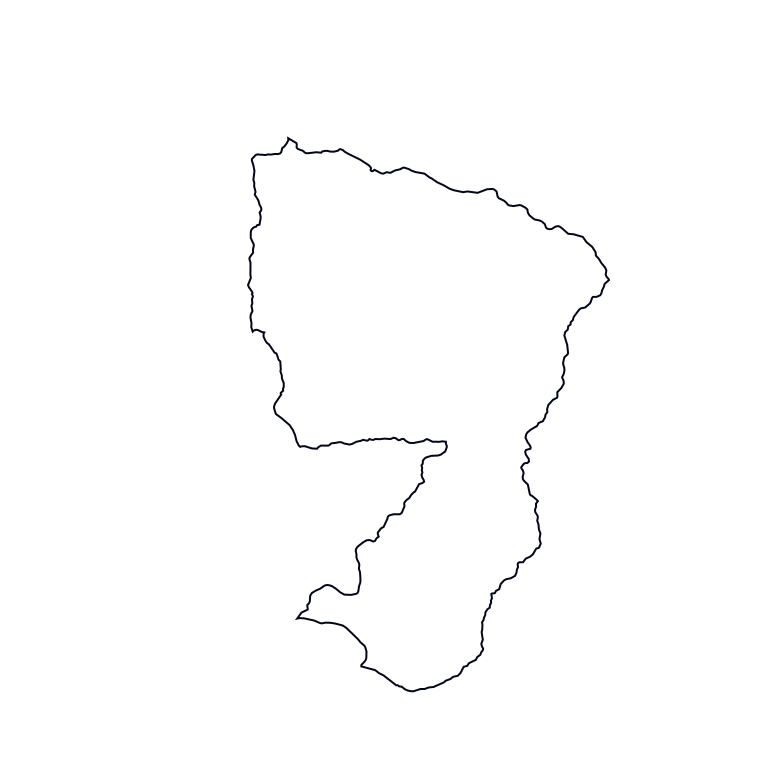 Mariscal Luzuriaga, Áncash, Peru, rotated 308°
{"feature_id": "86281439B99207527213324", "entity_name": "Mariscal Luzuriaga", "entity_type": "district", "adm_level": 2, "iso_a3": "PER", "parent_name": "Peru", "parent_adm1": "Áncash", "projection": "equal_earth", "projection_center": [-77.351, -8.856], "detail": "fine", "context": "isolated", "style": "outline", "palette": "ink", "viewbox_px": 768, "rotation_deg": 308, "n_neighbors": 0, "source": "geoboundaries", "source_scale": "gbopen_adm2", "svg_char_len": 6166}
<svg xmlns="http://www.w3.org/2000/svg" viewBox="0 0 768 768"><g transform="rotate(308 384 384)"><path d="M622.3,450.1L618.7,441.2L615.8,436.7L616.3,428.0L616.2,425.7L615.7,424.1L613.7,422.3L609.4,420.7L608.1,419.4L606.9,417.1L607.0,415.4L609.0,412.2L609.2,408.3L608.5,405.6L606.3,401.2L606.4,394.9L607.6,391.9L609.8,389.5L610.0,387.2L609.3,382.4L608.5,380.7L603.9,376.5L601.7,372.5L601.6,370.8L602.2,368.7L602.3,365.6L601.1,360.1L601.6,358.2L604.7,354.6L605.2,352.9L605.0,350.6L604.3,349.2L600.9,345.3L592.3,340.1L587.1,331.2L583.9,328.3L579.6,319.6L578.3,315.5L577.3,308.5L575.7,301.6L575.3,294.9L574.8,292.7L574.7,286.4L570.5,278.5L569.2,274.8L568.6,271.1L566.9,266.6L566.0,265.7L563.1,264.5L559.1,261.2L554.4,259.1L552.5,255.7L549.3,253.9L548.3,252.1L546.9,244.6L544.9,244.1L544.1,243.2L544.3,241.7L546.1,240.9L546.5,240.2L547.0,237.3L546.1,227.0L543.5,214.7L542.8,210.1L543.0,207.6L542.2,204.9L541.1,204.3L539.7,204.2L536.3,201.6L534.1,198.6L532.8,195.8L531.2,193.8L529.2,192.2L527.6,192.1L525.0,188.0L519.3,182.3L517.8,180.3L517.6,178.6L517.9,176.8L516.2,171.5L516.5,169.6L519.3,167.6L519.9,166.7L518.7,157.2L517.3,158.5L513.5,159.2L509.5,159.2L507.2,158.6L503.4,160.3L501.7,160.2L499.9,158.9L498.1,156.4L495.2,153.7L493.4,151.1L491.6,149.8L486.9,142.8L485.4,141.9L480.0,141.4L478.9,142.1L476.1,146.2L472.2,150.7L464.6,155.3L462.6,158.0L459.9,159.9L456.3,164.5L453.7,165.5L451.4,171.8L448.6,175.6L447.3,178.6L446.3,179.7L445.0,180.4L442.6,180.4L440.2,183.5L438.4,184.9L432.8,187.8L431.2,186.3L429.1,186.3L428.1,185.4L426.1,184.7L423.7,184.6L422.0,185.3L417.1,189.0L414.0,195.0L413.0,196.2L409.2,198.0L407.0,200.0L401.0,200.2L399.5,201.1L397.3,204.2L388.3,211.1L385.5,213.8L378.3,215.9L377.1,217.9L375.4,223.4L374.8,224.3L373.5,224.6L372.7,226.3L371.9,227.0L369.6,227.7L366.3,230.7L364.0,231.4L360.4,235.5L356.8,236.2L354.2,237.8L350.1,242.4L347.2,244.3L344.4,248.3L346.4,248.7L348.1,249.9L349.0,251.8L349.8,255.8L350.9,257.9L349.8,258.0L347.2,259.9L345.3,263.4L344.3,266.3L344.4,269.0L341.3,278.6L341.8,280.2L341.3,281.5L338.3,285.8L337.9,288.4L332.2,293.5L330.1,294.7L328.0,298.0L325.4,300.3L323.1,304.3L320.0,306.8L318.2,307.3L316.5,308.7L313.6,308.1L312.8,308.5L312.4,309.5L301.6,310.2L298.4,311.3L297.0,312.6L293.8,317.2L294.0,324.4L293.5,334.9L291.6,340.6L289.1,345.2L285.0,350.5L283.0,354.9L282.9,356.7L284.1,357.4L286.2,359.8L288.8,366.8L291.8,371.1L293.6,371.1L296.6,372.2L301.4,378.3L304.9,379.1L308.0,382.3L310.5,384.4L311.9,386.4L312.6,389.3L315.0,394.0L317.0,395.7L321.5,397.8L325.0,400.8L327.1,401.8L328.9,405.6L329.7,406.1L331.7,406.4L332.3,408.4L333.5,410.1L335.3,411.0L338.1,414.9L341.1,417.8L344.6,423.0L347.5,424.6L348.5,426.5L348.6,429.9L349.4,430.9L351.7,431.9L352.8,433.3L352.6,436.6L353.2,439.9L353.7,440.9L355.7,443.6L363.3,450.2L366.7,451.4L367.4,452.8L368.4,457.8L372.7,463.4L374.7,465.2L376.6,468.3L375.2,469.4L373.7,471.8L372.5,472.5L368.5,473.8L363.2,472.2L360.9,470.6L356.5,465.5L352.2,462.5L350.4,461.9L347.6,461.8L345.0,463.6L343.0,463.6L341.4,465.7L339.4,466.9L337.8,468.8L335.5,469.5L333.8,471.8L332.8,474.4L331.7,475.8L329.5,475.2L326.7,473.3L318.3,474.7L316.9,474.1L313.3,473.7L309.4,474.1L307.1,473.3L304.6,473.0L302.5,473.3L300.1,475.5L293.3,477.3L291.0,476.6L287.5,472.0L284.7,469.7L282.9,468.8L281.5,468.8L280.1,469.6L271.1,471.7L268.4,470.5L263.4,470.6L262.4,471.0L260.4,473.8L258.0,473.1L254.8,473.5L253.2,472.4L252.2,468.7L250.1,466.5L246.3,465.0L239.8,463.4L236.5,463.6L235.2,464.4L232.9,467.1L230.5,468.9L228.8,471.5L227.8,473.9L226.3,475.9L222.9,478.0L220.9,481.0L216.5,484.9L213.3,487.4L209.4,488.8L204.6,491.5L203.1,491.8L201.4,491.2L197.5,487.8L193.6,482.4L192.9,477.8L193.1,472.2L192.7,467.7L191.9,465.1L190.5,462.8L188.6,461.3L183.3,459.7L179.7,457.7L175.2,455.9L171.9,456.1L167.0,459.4L165.0,459.9L162.6,459.6L159.3,462.8L153.1,459.7L145.7,460.0L147.5,461.5L150.2,465.4L154.6,474.6L156.3,480.9L157.2,482.5L159.9,484.8L162.7,488.6L165.1,492.8L168.3,500.2L168.6,504.4L166.9,520.6L166.0,524.2L165.7,529.7L165.0,531.4L162.4,534.9L157.4,538.6L155.6,539.4L153.0,539.6L148.8,539.1L147.5,540.0L153.1,553.3L153.1,558.3L154.1,563.2L154.1,579.0L155.1,580.4L155.1,582.2L156.4,584.4L156.3,588.3L156.9,591.0L158.4,594.2L159.9,596.3L166.2,600.6L168.7,603.8L172.3,606.0L175.8,609.6L185.8,614.9L188.2,615.3L192.3,617.9L195.9,618.8L199.5,621.8L203.4,622.2L210.2,620.9L213.1,623.1L216.2,622.8L223.2,626.2L226.3,625.6L229.8,626.6L233.1,625.7L235.1,625.8L236.5,625.1L237.4,622.9L239.1,620.7L243.3,619.3L248.7,613.6L250.8,612.7L254.9,609.8L256.7,607.9L259.1,607.8L261.5,606.6L263.9,606.2L266.6,604.5L270.1,604.2L272.9,605.0L275.0,603.6L277.6,603.1L279.2,601.6L281.6,601.0L284.6,597.8L285.3,598.0L287.4,600.1L290.0,599.6L293.2,601.1L298.3,599.1L303.1,599.5L305.6,600.6L308.8,603.4L313.5,605.4L316.5,604.7L319.7,603.0L322.3,602.3L324.2,600.3L325.6,599.9L326.8,600.4L329.1,603.3L333.5,603.2L338.1,605.5L341.5,606.2L347.7,605.3L348.6,605.6L349.9,606.8L350.8,606.8L354.7,605.8L357.5,602.0L362.5,599.3L364.8,595.6L368.5,592.1L370.6,588.9L373.2,587.6L374.6,586.4L376.1,582.3L377.5,580.6L381.1,579.3L383.3,577.4L386.4,577.4L386.8,575.4L387.0,569.8L386.6,568.1L386.9,566.8L393.3,559.3L394.0,553.5L394.6,552.0L396.1,550.5L399.6,549.0L401.2,547.0L402.1,544.3L402.9,543.4L407.1,543.3L408.6,544.0L410.0,545.6L412.0,546.0L414.0,544.3L415.7,539.2L417.6,536.9L419.4,536.5L423.1,539.2L424.5,538.5L425.6,536.2L426.6,532.9L428.8,528.5L432.4,526.9L434.5,526.9L438.5,527.8L445.3,530.5L448.4,529.8L452.5,532.1L457.0,531.4L459.2,530.2L462.4,530.0L464.6,528.0L468.6,526.4L475.6,526.9L479.7,528.8L480.9,528.4L484.2,525.6L489.9,526.2L494.9,525.5L497.1,523.5L498.9,520.2L502.3,519.5L505.7,517.9L507.9,515.9L509.8,513.1L511.3,511.9L516.1,509.7L520.2,510.4L521.6,510.1L527.6,504.3L533.2,496.3L536.4,494.8L540.0,495.3L543.0,493.6L545.6,494.4L547.7,493.1L550.5,493.5L553.7,492.2L562.7,492.0L564.7,492.5L568.1,495.4L573.9,496.6L575.5,496.5L579.9,495.0L581.2,495.0L583.6,497.9L586.9,499.7L589.0,499.6L592.1,498.2L595.9,497.4L598.7,496.2L604.4,497.3L605.0,496.4L605.6,493.2L606.7,491.3L610.3,489.4L611.8,486.7L613.2,480.7L615.0,475.9L615.6,471.9L617.4,470.4L618.4,468.9L620.2,463.8L620.5,456.0L622.3,450.1Z" fill="none" stroke="#020617" stroke-width="2"/></g></svg>